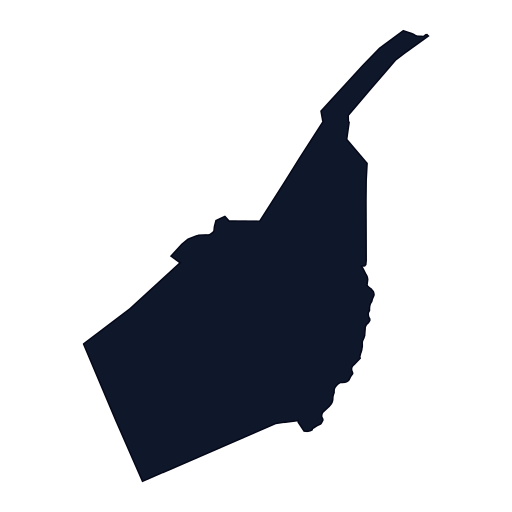 the district of Hwange Urban, Matabeleland North, Zimbabwe
{"feature_id": "62879985B63106535588765", "entity_name": "Hwange Urban", "entity_type": "district", "adm_level": 2, "iso_a3": "ZWE", "parent_name": "Zimbabwe", "parent_adm1": "Matabeleland North", "projection": "mercator", "projection_center": [26.527, -18.338], "detail": "fine", "context": "isolated", "style": "filled", "palette": "ink", "viewbox_px": 512, "rotation_deg": 0, "n_neighbors": 0, "source": "geoboundaries", "source_scale": "gbopen_adm2", "svg_char_len": 5568}
<svg xmlns="http://www.w3.org/2000/svg" viewBox="0 0 512 512"><path d="M322.7,120.7L323.0,121.2L323.2,121.4L299.6,158.1L285.2,181.2L259.7,221.2L229.0,221.0L225.2,216.7L224.9,216.4L216.0,220.5L214.7,225.4L214.7,225.7L214.6,225.8L214.6,226.1L214.4,226.6L214.0,230.7L213.9,231.0L213.6,231.4L213.3,231.9L213.2,232.0L213.1,232.3L212.8,232.4L209.7,234.7L209.3,234.7L209.0,234.8L208.8,234.8L208.5,235.0L205.9,234.9L199.0,235.2L198.8,235.3L198.4,235.3L198.2,235.5L197.9,235.6L197.6,235.6L197.3,235.7L196.9,235.8L196.6,235.8L189.7,238.5L189.3,238.6L189.1,238.7L188.9,238.8L188.6,239.1L188.2,239.1L187.7,239.4L181.8,244.3L171.0,256.1L180.1,262.8L129.8,308.9L83.6,343.9L83.6,344.1L115.6,419.9L142.5,481.3L162.8,472.4L163.0,472.5L275.7,423.5L282.9,422.4L283.1,422.4L283.3,422.3L284.9,422.3L298.1,420.6L298.2,421.8L298.2,422.2L304.1,431.1L304.7,431.1L304.9,431.2L305.9,431.2L306.1,431.3L307.8,431.3L308.1,431.2L308.4,431.2L310.1,430.8L310.3,430.7L310.9,430.5L311.2,430.3L311.5,430.2L311.8,430.0L312.1,429.8L312.0,429.6L312.1,429.2L312.3,429.1L312.3,428.9L312.5,428.6L312.7,428.4L313.5,428.0L313.6,427.8L313.8,427.8L314.2,427.6L314.4,427.4L314.5,427.4L314.7,427.2L314.8,427.2L315.0,427.0L315.3,426.8L315.5,426.7L316.3,426.2L316.5,426.0L317.0,425.7L317.3,425.6L317.5,425.4L318.3,425.1L318.6,424.9L318.9,424.8L319.3,424.6L319.6,424.5L319.9,424.3L320.2,424.2L320.6,424.0L321.0,423.6L321.2,423.3L321.4,422.9L321.6,422.7L321.7,422.4L321.9,422.1L322.0,421.8L322.2,421.4L322.6,420.8L322.7,420.5L322.8,420.3L322.9,420.2L322.9,419.6L322.8,419.4L322.8,419.1L322.6,418.7L322.4,418.4L322.3,418.2L322.1,417.6L321.9,417.3L321.7,416.8L321.7,414.7L321.8,414.4L322.0,414.1L322.1,413.6L322.3,413.3L322.4,412.9L322.6,412.6L322.7,412.4L322.8,412.2L323.1,412.0L329.0,406.5L329.6,405.9L329.7,405.7L329.9,405.4L330.8,404.5L330.9,404.2L331.1,404.0L331.3,403.7L331.4,403.4L331.6,403.2L331.8,402.9L331.9,402.6L332.2,402.0L332.4,401.4L332.4,401.1L332.7,400.1L332.7,399.6L332.8,399.3L332.8,397.7L332.9,397.4L332.9,396.6L333.0,396.2L333.1,395.7L333.2,395.4L333.3,395.0L333.4,394.7L333.5,394.3L333.8,393.4L334.1,392.8L334.1,390.3L334.2,390.1L334.2,389.4L334.3,389.1L334.4,388.9L334.7,388.0L334.8,387.8L335.0,387.5L335.1,387.2L335.5,386.8L335.7,386.5L335.9,386.3L336.2,385.7L336.5,385.5L337.0,385.0L337.2,384.7L337.9,384.0L338.3,383.8L338.6,383.6L339.0,383.3L339.9,382.7L340.3,382.6L340.6,382.5L342.8,382.5L343.4,382.4L344.8,382.3L345.4,382.1L345.9,382.0L346.9,381.6L347.3,381.3L347.6,381.1L348.0,380.9L348.4,380.5L348.7,380.3L348.9,379.9L349.3,379.3L349.5,378.8L349.7,378.5L349.9,378.0L350.1,377.6L350.3,377.1L350.7,376.5L350.9,376.1L351.6,375.2L351.9,374.7L352.2,374.3L352.4,374.1L352.6,373.8L352.6,373.6L352.7,373.4L352.7,373.1L352.6,372.9L352.5,372.5L352.4,372.2L352.2,371.7L352.1,371.4L351.9,371.0L351.6,369.8L351.6,368.1L351.7,367.9L352.0,367.0L352.1,366.8L352.3,366.5L352.5,366.1L352.9,365.7L353.0,365.5L353.2,365.4L353.3,365.2L353.5,365.0L353.5,364.9L353.8,364.7L354.0,364.7L360.2,358.2L360.0,357.7L359.9,357.2L359.8,356.9L359.8,356.5L359.9,356.2L360.1,355.5L360.2,355.0L360.3,354.6L360.5,354.0L360.5,353.7L360.7,353.1L360.8,352.9L360.9,352.6L361.1,352.2L361.2,351.9L361.4,351.1L361.7,350.1L361.7,349.7L361.8,349.4L361.8,349.1L361.9,348.9L361.9,348.5L362.0,348.1L362.1,347.8L362.1,347.3L362.2,347.0L362.2,346.8L362.3,346.6L362.3,343.7L362.2,343.5L362.2,342.7L362.3,342.6L362.3,341.6L362.4,341.3L362.6,340.9L362.8,340.3L363.2,339.5L363.4,338.9L363.6,338.6L363.8,338.2L363.9,337.7L364.1,337.4L364.1,337.1L364.2,336.8L364.3,336.4L364.5,336.1L364.6,335.8L364.7,335.6L364.7,334.8L365.3,326.9L365.4,326.6L365.5,326.5L365.7,326.1L365.7,325.9L365.9,325.5L366.1,325.3L366.4,324.7L366.9,324.2L367.0,324.0L367.3,323.7L367.5,323.5L367.7,323.4L368.5,322.6L368.7,322.2L368.9,322.0L369.0,321.7L369.2,321.4L369.4,321.2L369.6,320.6L369.8,320.4L369.8,319.1L369.7,319.0L369.7,318.8L369.6,318.7L369.3,318.1L369.1,317.8L369.0,317.6L368.9,317.5L368.9,317.3L368.8,317.1L368.6,316.8L368.6,316.5L368.3,315.2L368.3,312.9L368.4,312.6L368.5,312.4L368.7,312.1L368.8,311.8L369.0,311.5L369.1,311.3L369.2,311.0L369.3,310.9L369.4,310.7L369.5,310.4L369.5,307.7L369.6,307.3L369.6,306.9L369.7,306.5L369.7,306.1L370.1,304.6L370.2,304.2L371.1,302.4L371.4,302.1L371.5,301.8L371.7,301.5L371.8,301.2L372.0,300.8L372.0,300.5L372.3,299.2L372.7,298.2L372.9,297.8L373.1,297.3L373.2,296.9L373.4,296.6L373.5,296.4L373.6,296.1L373.8,295.7L373.9,295.3L374.0,294.9L374.0,294.3L373.9,294.0L373.9,293.6L373.6,292.5L373.5,292.2L373.4,291.8L373.4,291.7L372.8,291.0L372.6,290.7L372.4,290.5L372.1,290.1L371.8,289.8L371.4,289.2L371.2,289.1L371.1,288.9L370.9,288.8L370.6,288.6L369.8,288.0L369.2,287.6L368.7,287.1L368.2,286.7L367.8,286.3L367.5,285.9L367.3,285.5L367.1,285.3L367.0,285.1L367.7,279.8L367.7,279.4L367.6,279.2L367.6,278.6L367.5,278.4L367.5,278.1L367.4,277.8L367.4,277.5L367.3,277.3L367.1,276.5L366.4,275.1L366.2,274.8L366.2,274.7L365.9,274.4L362.8,268.2L362.7,268.2L362.5,267.9L362.4,267.8L362.3,267.6L361.7,267.0L361.6,266.8L361.5,266.7L361.5,266.2L364.1,265.9L364.7,265.9L365.6,264.7L365.8,264.6L366.2,260.4L366.0,201.1L366.2,180.2L367.1,163.4L346.7,139.4L349.1,122.5L348.4,121.1L348.2,115.4L371.2,88.3L386.1,71.1L395.6,60.0L404.5,53.2L428.4,36.0L427.0,34.8L427.0,34.6L426.9,34.6L425.8,34.7L423.7,36.4L421.8,36.4L421.6,36.3L418.9,36.3L418.7,36.2L417.3,36.2L417.0,36.1L416.9,36.0L416.2,35.8L415.7,35.7L415.4,35.5L415.1,35.4L415.0,35.2L414.7,35.1L414.4,34.9L414.2,34.7L413.8,34.5L413.7,34.4L413.3,34.3L413.1,34.1L412.9,34.1L412.7,33.9L403.3,30.7L379.7,48.1L362.7,65.6L321.0,111.1L322.7,120.7Z" fill="#0f172a" stroke="#020617" stroke-width="1.5"/></svg>